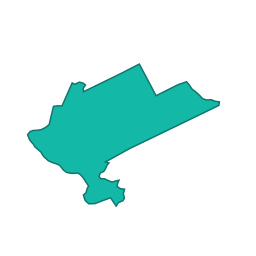 Sete de Setembro, Rio Grande do Sul, Brazil, rotated 244°
{"feature_id": "56859067B16133664835156", "entity_name": "Sete de Setembro", "entity_type": "district", "adm_level": 2, "iso_a3": "BRA", "parent_name": "Brazil", "parent_adm1": "Rio Grande do Sul", "projection": "natural_earth1", "projection_center": [-54.476, -28.157], "detail": "fine", "context": "isolated", "style": "filled", "palette": "teal", "viewbox_px": 256, "rotation_deg": 244, "n_neighbors": 0, "source": "geoboundaries", "source_scale": "gbopen_adm2", "svg_char_len": 1153}
<svg xmlns="http://www.w3.org/2000/svg" viewBox="0 0 256 256"><g transform="rotate(244 128 128)"><path d="M87.4,58.6L84.3,58.0L81.3,57.8L77.0,59.6L74.5,65.3L73.8,73.7L73.4,76.9L73.0,81.7L63.0,83.1L65.1,86.6L64.9,91.6L66.5,94.0L71.0,95.0L74.5,98.1L76.7,94.7L80.2,92.5L83.1,94.7L85.0,97.0L85.8,93.8L86.4,90.0L89.6,87.0L92.7,84.6L94.3,81.4L97.2,80.7L99.7,83.4L99.6,87.2L101.2,89.9L103.7,92.7L104.9,95.5L107.4,92.8L108.8,120.4L108.6,165.8L108.5,219.6L111.5,221.6L113.5,218.4L117.0,215.1L118.7,210.9L121.7,207.9L126.6,206.4L130.7,204.7L135.3,202.5L139.7,202.0L143.9,200.9L145.0,192.0L144.7,167.4L180.5,166.2L180.4,160.2L180.1,143.8L180.1,104.0L183.3,105.1L185.2,108.6L187.8,107.5L190.5,104.5L190.7,99.2L193.0,97.6L176.8,78.4L178.8,74.4L180.1,70.5L165.6,58.6L164.6,53.9L164.6,49.0L166.1,44.5L167.4,41.7L167.7,38.5L166.0,34.8L160.8,34.4L157.3,35.1L154.8,35.9L152.0,36.0L147.3,38.0L144.4,39.2L141.2,39.4L138.6,40.0L133.6,42.0L130.0,44.9L127.2,47.9L124.6,50.1L121.6,50.9L118.5,51.5L115.1,53.3L112.8,56.1L110.7,59.9L109.7,63.0L106.9,64.8L102.4,66.0L97.6,66.5L93.2,67.1L91.4,64.8L88.2,61.8L87.4,58.6Z" fill="#14b8a6" stroke="#0f766e" stroke-width="1.5"/></g></svg>